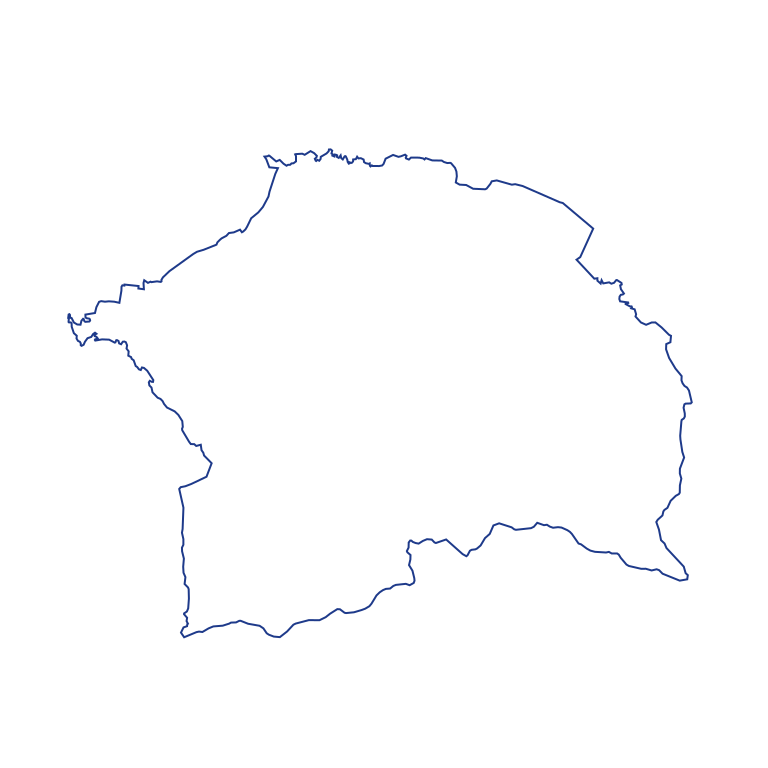 Salcia, Prahova, Romania, rotated 80°
{"feature_id": "2599482B25993621139303", "entity_name": "Salcia", "entity_type": "district", "adm_level": 2, "iso_a3": "ROU", "parent_name": "Romania", "parent_adm1": "Prahova", "projection": "robinson", "projection_center": [26.322, 45.187], "detail": "fine", "context": "isolated", "style": "outline", "palette": "blue", "viewbox_px": 768, "rotation_deg": 80, "n_neighbors": 0, "source": "geoboundaries", "source_scale": "gbopen_adm2", "svg_char_len": 6143}
<svg xmlns="http://www.w3.org/2000/svg" viewBox="0 0 768 768"><g transform="rotate(80 384 384)"><path d="M596.7,605.9L594.2,599.2L593.1,594.2L594.0,584.8L593.1,578.1L592.4,576.1L593.1,571.1L592.1,567.7L592.3,566.3L596.5,559.5L600.5,548.5L603.7,545.2L609.1,542.8L610.9,540.9L613.6,536.4L615.2,530.5L610.9,522.4L605.3,515.0L604.6,512.6L603.5,499.1L605.4,488.5L603.5,481.9L600.9,477.1L597.6,469.1L598.2,466.5L602.4,462.6L603.0,461.2L603.6,453.2L602.7,445.3L602.0,441.5L600.3,437.0L598.2,434.5L590.9,428.1L588.4,424.4L586.8,420.8L586.1,417.7L586.5,413.5L584.5,409.9L583.9,407.2L584.6,397.2L586.6,393.7L585.1,389.3L583.0,388.1L580.4,387.9L572.8,388.4L566.7,390.8L561.4,388.5L557.0,387.6L553.8,390.2L552.5,390.5L549.4,388.2L544.4,387.2L542.7,385.4L543.0,384.2L544.5,383.1L546.1,380.5L547.2,377.6L545.3,373.0L544.3,368.6L545.5,364.0L548.8,361.8L549.6,360.5L547.9,349.8L565.2,336.1L567.9,332.8L567.2,331.5L563.1,328.3L562.5,326.5L562.7,322.7L562.2,321.0L559.8,316.9L553.3,311.3L550.0,305.9L542.3,300.8L541.2,294.8L547.3,283.2L549.7,281.0L550.5,279.4L551.5,264.2L550.6,261.2L547.3,257.2L550.8,251.0L550.9,248.0L553.2,245.5L554.9,242.5L555.2,237.5L556.2,234.1L559.8,228.8L561.9,226.6L564.3,225.0L574.9,220.1L576.1,217.8L581.3,212.9L583.9,209.7L585.9,205.4L588.5,194.6L588.4,191.7L590.4,189.2L591.4,183.8L592.8,182.4L596.2,181.1L603.9,176.6L605.7,174.5L610.7,162.7L611.4,158.3L614.1,152.8L613.8,147.7L615.1,145.4L619.2,142.6L629.0,126.9L629.0,119.3L625.0,118.0L622.7,119.8L615.9,120.5L594.6,134.3L589.8,135.4L585.9,138.3L575.1,138.5L567.2,139.8L565.2,138.0L561.8,132.6L558.0,131.0L556.7,129.7L555.2,126.4L548.8,122.0L544.8,116.1L543.6,112.7L542.4,111.6L535.2,110.2L528.8,107.6L523.5,108.2L518.8,107.3L508.5,101.2L502.7,102.0L490.1,101.7L486.4,101.3L472.4,97.6L471.0,97.0L470.0,94.7L468.3,93.4L465.2,92.9L459.4,93.1L456.2,91.7L455.7,90.4L456.4,85.3L455.5,84.1L443.4,84.8L440.1,86.2L438.1,88.4L435.2,89.8L432.0,90.4L427.9,89.5L419.4,94.3L407.9,98.7L398.8,100.2L393.7,99.1L392.6,94.7L386.4,93.0L385.0,94.8L376.5,100.8L370.5,106.0L369.9,109.7L371.2,115.6L368.0,120.3L361.2,124.6L359.1,123.6L354.0,124.2L352.4,127.4L351.5,126.5L350.6,126.7L350.3,128.3L347.2,132.2L346.6,132.0L346.6,129.4L346.1,129.4L343.6,137.1L341.2,137.5L338.8,136.8L337.3,135.3L337.3,133.2L336.6,132.0L331.8,134.2L327.9,134.3L327.3,132.6L325.7,132.6L322.1,136.5L322.0,137.2L324.3,139.9L324.7,142.7L323.0,144.6L323.0,150.6L319.6,151.7L322.7,153.2L319.3,155.9L316.9,155.5L316.8,158.6L295.0,172.8L293.1,168.7L267.3,151.0L236.8,176.5L235.5,179.4L213.1,213.1L210.0,220.1L209.9,223.5L203.1,237.6L203.1,242.7L205.4,244.5L209.4,249.0L209.8,250.6L207.2,262.3L202.3,268.5L200.8,274.9L198.0,278.3L192.1,276.2L187.4,275.8L183.5,276.5L178.2,279.6L177.7,280.4L177.4,283.3L175.8,286.4L174.0,288.3L172.2,297.6L168.8,303.7L169.9,305.1L168.7,306.2L167.2,310.0L165.7,318.1L167.3,320.5L165.6,323.2L164.9,323.3L163.2,322.2L161.8,323.4L162.7,327.9L162.8,330.3L160.0,335.3L162.4,343.3L167.2,346.2L168.5,347.9L168.5,351.0L167.3,357.4L166.6,358.0L167.4,359.5L166.6,360.0L164.3,359.8L164.6,360.6L163.4,363.6L162.0,365.1L159.4,365.1L157.6,367.6L157.4,370.0L155.5,371.0L157.7,372.7L157.5,375.4L159.4,375.8L160.5,377.1L160.6,377.9L159.7,379.4L160.7,379.6L160.9,380.4L159.0,381.2L156.6,381.2L153.2,382.1L152.8,382.7L153.1,383.4L155.7,385.6L154.1,386.9L151.3,387.0L153.5,389.3L152.0,391.1L150.7,390.4L150.2,390.9L149.5,392.5L151.3,393.4L150.1,395.2L149.0,394.5L147.9,395.7L145.2,394.5L143.7,395.8L143.5,397.5L145.2,398.1L147.0,400.6L149.3,406.8L151.4,407.4L152.9,409.0L151.7,410.7L152.6,412.1L152.2,412.5L150.2,413.0L149.2,411.3L147.7,410.5L144.5,412.7L141.9,415.9L144.5,422.3L143.0,424.5L142.3,430.9L142.4,431.6L144.3,431.1L149.5,432.0L150.9,434.8L150.7,436.8L151.8,438.3L151.5,440.5L152.1,442.1L149.6,444.7L145.2,447.8L146.1,451.5L139.2,457.3L139.0,458.0L139.5,458.9L139.3,462.2L142.2,460.9L150.7,459.3L153.0,451.0L158.1,454.5L174.6,463.3L179.3,465.2L188.6,472.5L193.2,478.0L197.7,486.0L205.3,491.5L207.7,493.6L209.4,496.2L209.9,497.6L207.0,499.0L208.6,505.6L208.4,510.5L210.7,513.5L212.4,518.7L213.6,520.7L215.6,523.5L217.7,524.8L220.5,538.3L221.3,545.2L222.9,549.4L235.6,575.7L240.6,583.2L242.8,585.1L244.3,585.3L244.7,586.1L243.5,589.7L243.3,595.4L242.7,596.1L243.4,598.9L240.2,602.1L242.8,603.3L249.0,604.0L247.3,609.3L244.9,608.7L241.0,622.3L242.0,622.6L241.4,624.5L242.6,625.6L246.5,626.4L258.1,630.5L256.1,635.4L254.8,640.6L254.5,644.5L253.3,648.1L253.6,650.3L258.4,653.9L263.9,656.3L263.8,666.0L266.4,666.4L267.5,665.6L268.5,662.9L269.2,662.4L270.5,662.4L271.3,663.3L270.9,667.4L270.0,668.2L267.8,668.5L267.5,669.0L269.2,671.0L272.9,672.6L272.1,675.8L269.6,678.7L264.8,680.2L264.3,681.5L261.3,681.3L260.6,681.7L260.8,682.5L264.3,683.6L265.2,683.1L268.1,683.9L268.6,683.6L269.0,681.7L269.9,681.1L273.4,681.6L280.1,680.6L283.1,678.2L285.8,678.9L288.4,677.9L289.6,676.2L291.3,675.6L293.2,675.9L293.9,675.2L293.2,673.0L290.5,671.2L287.4,668.0L286.8,664.1L284.3,661.8L283.3,659.7L284.6,658.5L285.4,660.7L286.6,660.6L287.6,659.0L289.4,658.0L289.8,658.6L289.8,660.6L290.4,661.1L291.1,660.8L291.1,653.9L292.6,647.0L296.5,642.0L296.4,641.3L294.4,640.1L294.4,639.4L295.5,638.0L298.0,637.8L299.2,636.0L297.0,633.9L297.1,632.3L298.0,631.0L301.3,630.3L304.4,631.4L307.5,629.8L311.7,630.9L313.6,628.4L315.4,628.1L317.2,626.4L323.2,625.4L324.4,624.1L327.0,622.8L328.0,621.1L325.7,619.5L326.5,617.6L329.8,614.9L340.1,610.5L341.8,611.1L341.6,612.2L340.2,614.1L341.5,615.3L344.7,615.3L347.1,613.6L352.0,613.4L358.2,609.3L359.9,606.7L362.4,605.0L365.4,604.1L369.5,601.8L374.6,594.9L378.7,591.9L385.5,589.1L391.3,589.6L393.1,590.7L394.6,590.7L407.0,586.0L409.6,584.7L410.3,581.3L412.4,579.7L412.0,575.0L417.5,575.2L420.3,573.9L423.2,573.6L432.1,567.5L444.5,574.9L449.0,591.2L450.2,597.4L450.3,602.1L451.8,603.9L471.0,603.0L491.8,607.5L495.4,608.8L501.9,608.5L507.5,609.5L510.1,611.4L513.7,611.9L521.2,611.4L529.1,613.5L535.1,614.2L539.7,613.1L546.3,615.1L550.4,612.3L552.2,612.0L561.5,613.4L571.0,615.8L573.8,617.6L575.2,620.7L576.0,620.9L580.0,618.5L583.2,619.6L586.0,618.7L586.3,619.4L588.3,620.0L588.9,623.7L593.6,627.1L598.7,624.8L595.8,611.8L595.7,609.2L596.7,605.9Z" fill="none" stroke="#1e3a8a" stroke-width="2"/></g></svg>